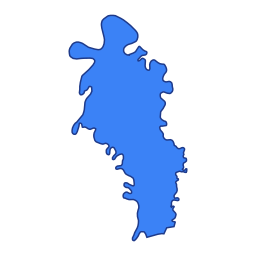 Puerto Santander, Norte de Santander, Colombia
{"feature_id": "7082276B36155963658062", "entity_name": "Puerto Santander", "entity_type": "district", "adm_level": 2, "iso_a3": "COL", "parent_name": "Colombia", "parent_adm1": "Norte de Santander", "projection": "robinson", "projection_center": [-72.407, 8.326], "detail": "fine", "context": "isolated", "style": "filled", "palette": "blue", "viewbox_px": 256, "rotation_deg": 0, "n_neighbors": 0, "source": "geoboundaries", "source_scale": "gbopen_adm2", "svg_char_len": 5866}
<svg xmlns="http://www.w3.org/2000/svg" viewBox="0 0 256 256"><path d="M175.2,222.1L174.7,221.8L172.6,221.4L172.1,220.8L172.0,220.3L172.2,220.0L174.7,218.3L175.4,217.0L175.9,215.1L176.0,214.3L175.5,213.1L173.2,210.5L172.9,209.9L172.9,208.6L174.1,206.8L173.6,206.2L173.0,206.2L172.3,206.4L171.4,207.2L171.1,206.8L170.9,206.3L171.5,205.0L171.4,203.1L171.5,202.4L171.9,201.3L172.5,200.6L173.4,200.1L174.1,200.0L177.6,200.6L178.6,200.3L178.9,199.7L178.8,198.8L178.3,198.2L177.3,197.8L174.8,198.2L174.4,197.7L174.1,196.6L174.1,195.8L174.3,195.1L176.6,192.1L177.1,190.6L177.1,188.9L176.6,186.6L176.5,184.3L175.7,182.7L175.7,182.2L176.0,181.6L176.9,180.8L178.1,180.2L178.4,179.5L178.2,178.8L177.3,178.6L177.0,178.3L176.9,176.3L175.9,175.0L175.7,174.5L175.7,173.3L176.0,172.6L176.6,172.3L179.2,171.3L179.9,171.3L181.5,171.8L183.3,171.7L184.9,172.3L185.8,172.4L186.3,172.3L186.7,171.1L186.8,169.1L186.6,168.8L185.9,168.8L185.2,169.8L184.2,170.3L183.2,170.1L182.4,169.2L183.4,168.1L183.6,167.5L183.5,166.4L183.1,165.0L183.4,163.5L183.7,163.0L185.2,162.1L186.4,161.0L186.5,160.0L186.4,159.1L186.1,158.4L185.8,158.2L184.9,158.1L183.6,157.6L183.2,156.5L183.4,155.4L183.9,154.4L183.6,153.7L183.5,152.5L184.5,149.8L184.5,148.8L184.1,148.2L183.4,147.7L182.7,147.6L181.6,147.8L180.0,148.6L178.9,148.7L178.0,148.5L177.0,147.7L176.0,146.3L174.3,145.4L173.9,143.5L173.4,142.1L172.8,141.1L172.2,140.4L170.6,139.7L166.8,140.0L165.4,139.5L164.7,138.9L164.1,138.3L163.3,136.8L163.2,136.1L163.3,134.4L163.1,133.6L162.2,132.1L161.1,130.9L160.3,129.8L159.9,128.6L159.7,127.4L160.0,126.7L160.8,126.1L162.5,126.1L166.2,125.5L166.6,124.9L166.6,124.1L166.6,123.2L166.0,121.8L165.5,121.4L163.9,120.9L162.1,119.8L161.2,119.0L160.4,117.8L160.3,116.4L160.7,111.7L163.1,108.5L165.0,105.0L165.3,103.8L165.2,102.5L164.7,101.4L160.7,97.9L160.3,96.4L160.2,95.3L160.3,94.0L160.9,93.1L162.5,92.2L163.3,91.9L164.1,92.0L166.7,93.0L168.0,93.3L169.9,93.5L170.9,93.0L172.3,91.5L172.8,90.0L172.8,88.7L172.4,87.0L172.1,84.3L171.8,83.2L171.5,82.6L170.3,81.7L169.1,81.4L166.4,81.9L165.3,81.8L163.8,81.1L162.9,80.1L162.7,78.2L163.3,76.2L164.3,74.2L166.0,72.1L166.4,71.2L166.6,70.2L166.5,69.0L166.0,67.3L164.9,65.2L164.2,64.4L163.6,64.2L162.0,64.1L159.9,63.7L157.9,62.6L154.7,60.1L153.7,59.9L152.7,60.1L151.2,61.1L150.2,62.7L149.7,64.6L149.9,68.7L149.3,70.0L148.9,70.2L148.4,70.2L147.4,69.9L146.6,69.4L145.9,68.5L145.4,67.4L145.1,65.9L145.4,60.8L145.2,60.0L144.7,59.4L143.3,58.5L142.3,58.3L141.6,58.7L139.5,60.6L138.6,60.9L138.1,60.8L137.9,60.0L138.1,59.4L140.8,56.4L142.2,55.4L144.9,55.0L145.6,54.8L146.5,54.0L146.9,52.8L146.8,52.1L146.6,51.8L146.0,51.4L144.8,51.0L142.7,49.6L139.7,46.5L139.2,46.4L138.8,46.6L135.5,51.7L133.4,53.0L129.1,54.6L129.2,55.1L127.8,55.0L126.8,54.7L125.1,53.7L124.4,52.8L123.9,51.9L123.6,51.0L123.7,49.0L124.0,48.1L125.4,46.3L127.2,45.0L128.4,44.4L131.8,43.4L135.5,41.6L136.4,40.9L137.2,39.4L137.8,37.1L137.8,35.0L137.4,33.3L136.7,32.1L135.5,30.5L130.6,25.6L127.0,22.6L123.4,19.9L120.7,18.3L115.4,15.7L113.1,15.4L110.6,15.4L108.3,15.8L107.4,16.3L103.9,18.8L102.4,20.4L102.0,21.2L101.5,23.2L101.4,24.9L101.8,28.0L104.1,37.3L104.5,39.8L104.1,43.7L103.0,46.7L101.9,48.2L100.4,49.4L98.2,49.7L94.8,49.1L88.5,47.3L82.5,43.4L80.7,42.7L78.5,42.1L76.5,42.1L75.5,42.4L74.0,43.0L72.4,44.2L69.9,48.2L69.4,49.8L69.2,51.2L69.4,53.6L69.8,55.7L70.7,56.8L73.1,58.4L76.6,58.9L81.1,58.4L84.6,58.2L90.2,58.1L92.8,58.5L93.5,59.0L94.5,60.0L94.8,61.0L94.5,62.5L93.0,65.0L88.8,69.7L82.6,75.3L81.9,76.2L80.4,82.2L79.8,86.4L79.8,89.2L79.4,92.9L80.2,94.5L80.8,94.8L81.3,94.8L82.4,94.5L83.2,93.9L84.1,92.9L84.5,91.1L86.5,90.2L87.3,89.6L89.2,86.5L90.2,86.4L91.6,87.1L91.9,91.2L90.5,94.2L87.1,98.0L86.4,99.0L85.7,100.3L85.0,102.3L84.3,109.7L83.9,111.6L82.9,114.7L76.8,122.1L75.2,123.3L73.7,125.3L72.5,128.0L72.1,130.2L72.1,131.7L72.2,132.5L72.8,133.5L73.8,134.2L75.1,134.3L76.2,133.6L77.3,131.5L78.9,126.3L79.3,123.5L79.8,123.1L80.7,123.2L81.4,123.7L81.7,124.2L82.3,127.1L82.8,127.3L84.6,127.0L86.1,127.4L87.9,128.6L89.3,129.2L90.3,129.3L93.1,128.2L94.0,128.0L94.7,128.2L95.7,128.8L95.6,129.9L94.2,132.9L93.8,135.0L93.9,137.0L94.3,138.4L94.8,140.2L95.5,141.2L96.3,141.9L100.3,143.5L102.1,144.0L103.0,144.1L105.5,143.3L106.9,143.6L108.4,144.7L108.8,145.4L109.0,146.3L108.6,147.2L107.4,148.4L106.5,149.6L106.3,150.3L106.3,152.3L106.6,153.4L106.9,153.9L107.6,154.4L108.4,154.7L109.0,154.6L109.4,154.2L109.7,153.3L109.8,151.5L110.2,149.0L110.6,148.4L111.7,147.5L112.8,147.2L114.2,147.9L115.8,151.0L116.0,152.1L115.9,153.3L115.3,154.2L113.7,155.8L112.5,157.7L112.5,159.1L112.8,159.4L113.4,159.6L114.1,159.4L114.7,159.0L115.9,157.1L116.9,156.0L119.7,154.4L121.6,154.0L122.4,154.2L123.1,155.1L123.4,156.1L123.4,158.8L122.5,160.8L122.3,163.8L122.0,164.6L121.1,165.6L117.3,166.1L116.2,166.9L115.8,167.6L115.8,168.4L116.0,168.9L116.6,169.2L117.4,169.2L119.5,168.6L120.9,168.5L122.2,168.9L123.3,169.8L125.1,173.1L126.1,174.2L128.9,175.7L130.7,176.4L133.2,178.2L133.8,179.9L134.2,183.2L134.2,184.9L133.8,185.6L133.5,185.8L132.5,185.8L129.0,184.2L127.5,183.1L126.2,182.8L125.2,182.8L124.5,183.2L124.2,183.7L124.0,185.3L124.5,186.4L126.0,187.4L128.3,187.7L129.3,188.5L131.1,190.5L131.5,191.1L131.6,192.3L131.5,192.9L131.1,193.3L130.4,193.5L129.4,193.4L127.2,192.2L126.5,192.1L125.5,192.3L124.3,193.2L123.4,194.2L123.1,195.9L123.3,197.0L123.7,197.8L124.1,198.0L125.3,198.2L126.5,198.8L129.1,199.6L133.3,199.5L134.6,199.9L136.3,200.9L137.0,201.5L137.7,202.5L138.3,203.9L138.8,205.9L138.8,207.9L138.1,210.1L137.4,213.2L137.5,216.6L138.5,220.5L138.4,223.2L138.0,225.7L137.2,228.0L134.7,232.7L134.0,234.8L132.5,238.0L132.5,239.4L132.6,239.9L133.1,240.4L133.7,240.6L134.3,240.6L135.5,239.6L136.6,238.3L138.3,235.8L138.9,234.3L140.2,232.2L140.7,231.9L141.4,231.7L143.7,231.8L144.4,232.1L145.7,234.1L146.9,237.3L158.0,234.2L161.8,233.6L163.9,233.8L166.7,227.8L174.0,226.6L175.2,222.1Z" fill="#3b82f6" stroke="#1e3a8a" stroke-width="1.5"/></svg>